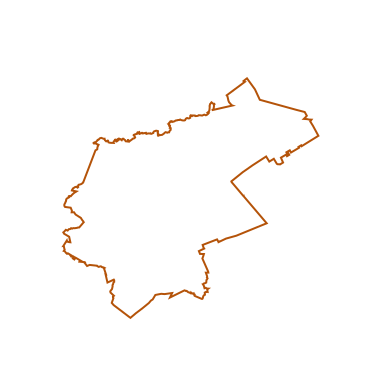 outline of Ocampo, Guanajuato, Mexico, rotated 57°
{"feature_id": "50627088B33469083637440", "entity_name": "Ocampo", "entity_type": "district", "adm_level": 2, "iso_a3": "MEX", "parent_name": "Mexico", "parent_adm1": "Guanajuato", "projection": "robinson", "projection_center": [-101.493, 21.604], "detail": "fine", "context": "isolated", "style": "outline", "palette": "amber", "viewbox_px": 384, "rotation_deg": 57, "n_neighbors": 0, "source": "geoboundaries", "source_scale": "gbopen_adm2", "svg_char_len": 6103}
<svg xmlns="http://www.w3.org/2000/svg" viewBox="0 0 384 384"><g transform="rotate(57 192 192)"><path d="M213.7,55.4L202.4,54.5L197.2,54.4L196.4,52.4L194.9,54.5L193.8,55.5L191.6,58.4L191.2,56.3L190.6,54.2L186.3,53.9L180.1,59.6L151.6,84.9L140.2,83.3L126.6,84.0L127.0,88.4L127.8,88.3L128.4,87.8L129.8,110.2L130.6,110.1L131.0,110.3L131.5,110.3L135.2,111.7L136.9,112.0L139.8,111.6L141.1,111.3L141.5,111.0L134.5,130.0L134.2,129.9L134.4,129.1L134.3,128.7L132.9,127.7L132.5,127.2L130.9,126.2L130.6,125.3L130.1,125.3L129.8,125.9L129.2,126.3L127.4,126.8L127.5,127.3L128.0,128.3L128.0,128.8L129.5,130.5L130.0,130.6L132.1,132.2L133.1,133.1L133.6,133.9L133.9,135.7L134.9,135.0L135.3,136.3L135.3,137.0L135.4,137.5L135.2,138.6L133.8,139.6L133.4,141.9L132.0,143.5L131.3,144.5L131.3,145.6L130.7,146.9L130.1,147.9L129.4,147.9L128.9,148.8L128.2,149.6L128.4,150.6L128.2,150.8L127.5,150.9L127.0,151.1L127.0,151.6L127.1,151.9L128.8,153.1L128.7,154.3L128.1,155.2L127.3,155.8L127.2,156.1L127.2,157.3L128.0,158.7L127.8,159.5L127.0,160.7L126.0,161.7L125.5,162.1L124.8,162.4L124.7,162.7L124.7,163.4L124.0,164.5L123.7,165.8L123.3,166.2L123.1,167.3L123.2,168.1L122.6,170.1L122.4,170.5L122.0,170.9L121.5,170.5L121.4,170.6L121.0,171.6L121.1,172.0L121.5,172.2L121.7,173.1L121.2,174.1L121.5,173.7L121.7,174.0L121.9,174.0L121.9,173.6L122.6,174.3L122.4,174.8L123.2,174.7L123.6,174.9L124.3,174.3L124.5,174.5L124.7,175.1L126.3,175.0L126.5,175.3L126.5,175.6L127.2,175.3L128.3,176.1L128.4,176.4L128.4,176.9L128.5,177.3L129.5,178.7L128.9,179.6L128.9,180.2L128.8,180.5L127.5,181.4L127.4,182.5L127.7,183.6L127.8,185.9L126.6,188.5L126.4,189.7L125.5,189.6L125.2,189.3L125.4,188.8L125.3,188.6L124.3,188.8L123.9,188.4L123.4,188.4L122.8,187.6L122.3,187.4L121.4,188.3L121.0,188.8L120.5,190.9L121.0,192.2L121.4,192.4L121.1,194.3L120.9,194.7L120.0,195.0L119.9,195.6L119.0,196.8L118.4,198.6L117.9,198.8L117.9,198.4L117.7,198.3L117.3,198.3L116.1,201.4L115.9,201.6L115.4,201.4L115.1,201.7L114.7,204.4L114.5,204.5L113.5,203.7L113.0,203.6L112.9,204.4L112.3,205.1L112.4,205.5L112.9,205.7L113.3,206.2L112.6,208.5L112.4,209.8L112.6,210.0L113.4,209.7L114.1,209.9L114.3,209.8L115.3,210.0L115.5,211.2L115.0,212.8L115.2,213.2L115.4,216.9L115.2,217.2L114.8,217.3L114.2,217.1L113.6,217.2L113.5,217.4L113.9,217.8L115.0,218.0L113.3,220.0L112.1,219.8L111.3,220.3L110.1,220.4L109.7,220.8L109.6,221.4L110.3,222.7L108.7,223.2L108.6,224.1L108.2,224.5L107.5,224.1L107.3,224.3L107.2,225.3L107.3,226.0L107.6,226.3L108.0,226.5L108.5,226.4L108.6,227.8L108.4,228.0L106.9,227.4L106.5,227.5L106.3,227.8L106.2,228.2L106.4,228.5L107.0,228.8L106.9,229.4L106.9,230.0L107.6,230.8L108.2,230.9L106.8,233.0L105.9,234.1L104.9,235.0L104.1,234.9L103.4,234.5L103.0,234.6L102.9,235.1L103.0,235.6L102.8,236.4L101.0,236.8L99.7,236.3L99.4,237.0L97.2,238.6L96.8,239.9L96.9,240.7L97.2,241.3L97.1,241.7L97.2,242.3L96.9,242.6L96.9,242.8L97.2,243.0L97.8,245.7L97.4,246.2L97.2,247.2L97.3,247.9L97.8,247.9L99.0,246.1L99.7,245.9L100.2,245.5L100.8,245.5L101.3,244.7L101.5,244.6L102.7,246.6L103.6,247.5L104.4,248.0L104.6,248.3L104.5,250.3L124.7,278.0L124.6,278.3L125.0,279.0L125.0,280.7L124.5,282.5L124.2,283.1L124.4,283.7L125.0,284.2L124.9,284.9L125.9,284.9L126.0,285.6L124.8,286.1L124.2,287.1L124.2,290.0L124.6,290.5L124.7,291.1L125.3,291.9L128.6,288.6L128.6,290.1L128.2,290.8L128.5,291.0L128.9,293.7L129.5,295.9L128.8,296.6L128.4,297.6L128.5,297.8L129.0,297.8L129.3,297.6L129.5,297.8L129.3,300.7L129.5,301.1L130.2,302.1L130.6,302.2L131.3,303.0L131.6,303.8L132.0,304.1L132.6,305.3L133.1,306.0L133.7,306.4L134.7,306.7L135.4,306.6L139.1,302.3L142.3,302.9L143.5,304.0L144.7,302.0L147.5,301.9L153.3,299.3L155.1,299.4L157.7,299.2L158.1,298.7L158.1,298.4L160.3,305.9L159.7,306.9L159.5,307.8L158.5,310.1L157.6,311.3L157.4,312.6L156.5,313.1L156.7,314.4L156.1,315.6L156.6,317.3L155.0,318.4L155.8,321.4L155.8,321.9L157.3,322.0L162.6,319.4L167.9,321.4L167.1,322.4L166.3,323.1L165.8,323.2L165.6,323.8L164.5,323.4L167.2,329.3L167.4,328.9L169.6,329.8L171.0,330.2L171.6,331.6L172.2,331.1L173.1,330.9L174.1,330.9L174.9,330.7L175.2,330.3L175.8,330.4L176.0,329.9L176.0,329.4L180.1,327.4L179.2,328.5L180.5,328.4L180.9,326.9L181.9,326.4L182.8,328.1L184.5,327.4L183.7,325.4L188.7,322.9L188.4,323.5L189.1,324.4L192.3,320.3L192.7,320.6L193.1,320.3L193.3,320.6L196.9,320.3L197.4,317.6L202.1,311.8L202.6,311.8L204.0,311.0L204.5,309.2L205.0,308.7L205.9,308.5L206.4,308.1L206.5,307.8L207.8,306.8L208.0,306.7L208.0,306.9L208.0,307.5L208.5,307.5L214.2,309.0L213.9,309.3L221.9,312.2L222.9,305.3L223.6,305.3L225.0,306.2L225.0,307.0L226.5,308.6L226.8,309.4L227.9,310.0L229.8,311.9L230.6,314.3L231.0,314.8L232.0,315.1L236.5,314.0L236.6,315.2L237.6,315.8L238.2,315.7L241.3,319.7L244.2,319.3L264.0,312.2L263.1,305.1L262.5,296.8L261.6,288.6L260.7,285.6L260.7,283.5L258.4,278.8L260.6,273.3L262.7,270.6L265.9,263.7L268.5,267.9L270.4,251.9L271.0,251.4L271.5,251.2L271.9,250.5L272.7,250.2L272.8,250.0L273.9,249.8L274.2,249.6L275.2,248.6L275.9,248.5L276.5,248.1L276.7,247.8L276.3,247.5L276.8,247.4L277.3,247.1L277.4,246.6L277.8,246.5L278.0,246.3L278.0,245.9L278.5,246.1L278.8,245.8L279.4,245.6L279.9,246.3L280.3,246.4L280.8,246.2L287.0,242.0L287.2,241.7L287.2,241.3L286.9,240.8L285.6,239.4L285.3,238.8L285.1,238.1L285.2,237.1L283.3,236.1L283.4,234.7L283.8,234.4L284.1,233.5L284.3,233.3L282.0,232.3L281.9,231.0L281.4,231.7L280.7,232.4L279.9,232.6L279.7,232.9L279.5,233.9L276.9,233.1L275.3,233.1L275.4,232.8L275.2,231.7L275.6,230.7L275.7,229.4L273.7,227.8L273.5,227.2L272.9,226.0L271.8,226.0L271.7,225.7L270.8,225.2L267.2,224.3L268.5,222.2L267.6,221.8L253.4,219.5L252.1,217.7L250.5,215.8L248.3,219.0L245.3,218.4L246.1,212.6L244.8,212.6L242.2,211.9L245.4,196.8L248.3,197.0L248.3,196.8L248.5,196.9L249.6,188.8L252.8,178.6L258.9,146.4L223.6,151.0L223.3,150.8L223.2,151.1L208.2,153.0L205.3,153.4L204.5,153.2L203.0,138.5L202.6,126.6L202.6,110.5L208.6,110.6L208.7,105.3L214.4,105.5L215.0,105.3L215.6,104.8L216.2,103.7L216.8,103.2L216.9,99.6L211.6,98.7L211.9,92.6L213.7,92.8L213.8,90.2L212.0,90.1L211.9,91.4L210.1,91.2L210.3,87.3L212.8,87.5L213.2,78.1L212.2,78.1L212.3,75.0L213.3,75.1L213.7,55.4Z" fill="none" stroke="#b45309" stroke-width="2"/></g></svg>